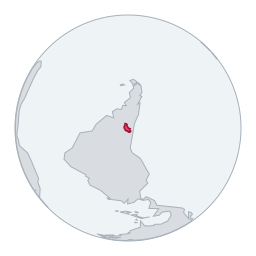 La Rioja on an orthographic globe, rotated 186°
{"feature_id": "ARG-1302", "entity_name": "La Rioja", "entity_type": "Province", "adm_level": 1, "iso_a3": "ARG", "parent_name": "Argentina", "parent_adm1": "", "projection": "orthographic", "projection_center": [-67.822, -29.835], "detail": "medium", "context": "on_globe", "style": "filled", "palette": "rose", "viewbox_px": 256, "rotation_deg": 186, "n_neighbors": 0, "source": "natural_earth", "source_scale": "10m", "svg_char_len": 4247}
<svg xmlns="http://www.w3.org/2000/svg" viewBox="0 0 256 256"><g transform="rotate(186 128 128)"><circle cx="128" cy="128" r="113" fill="#eef3f6" stroke="#a8b0b8"/><path d="M102.4,18.3L102.6,18.3L111.9,16.8L111.4,17.2L113.2,17.5L115.2,17.0L114.4,16.6L118.6,15.9L117.2,15.9L118.6,15.8L126.4,15.4L126.5,15.4L128.2,15.4L130.9,15.4L131.3,15.4L134.6,15.8L142.1,16.9L142.5,17.2L137.8,17.4L129.8,17.1L123.6,18.5L131.5,17.4L132.6,18.7L134.4,19.0L136.6,19.1L137.8,18.6L138.9,19.2L131.5,20.1L130.3,19.6L132.7,19.2L128.9,19.2L123.9,20.4L124.9,21.2L116.3,23.0L116.9,23.7L115.3,24.7L115.0,23.3L115.4,26.0L105.5,30.5L105.8,36.9L101.3,32.5L97.0,32.7L91.9,33.9L91.8,34.9L85.1,35.8L78.7,39.8L75.9,45.9L77.8,49.7L85.4,47.8L87.8,44.6L93.5,42.9L89.0,51.0L98.8,50.2L97.6,56.3L100.4,59.1L105.4,57.6L110.6,58.6L114.4,54.6L120.5,52.4L120.5,57.4L123.9,52.7L127.3,55.0L139.5,55.1L138.5,56.2L148.8,63.1L159.9,67.3L162.5,71.7L161.2,74.1L165.0,75.5L165.1,77.2L180.5,83.4L188.4,90.3L188.1,96.7L181.4,102.4L175.2,118.1L163.2,121.4L160.1,128.4L150.5,138.3L143.3,136.6L145.2,142.7L141.1,145.9L136.4,145.8L135.5,150.0L132.0,150.0L134.3,152.9L128.7,158.5L130.4,163.4L126.4,168.2L127.6,171.1L126.0,171.0L124.4,172.2L124.3,173.9L119.4,171.2L117.9,164.7L119.6,161.4L117.5,160.9L120.9,152.6L118.7,154.3L119.0,142.6L122.0,133.2L123.7,108.3L121.2,103.8L112.5,99.0L102.0,84.3L104.7,77.8L102.5,75.2L109.8,66.3L108.0,59.3L105.4,58.6L102.7,61.6L94.0,58.6L91.1,54.2L65.6,54.1L63.3,53.0L63.8,49.6L58.0,44.0L59.2,51.0L56.5,50.7L54.8,48.9L56.4,47.3L56.2,44.2L54.2,44.6L56.3,41.2L60.0,38.2L67.8,32.8L75.9,28.1L84.5,24.1L93.3,20.8L102.4,18.3ZM105.1,39.4L116.3,41.9L109.7,42.9L111.0,42.1L108.2,40.9L102.9,40.2L97.2,41.9L105.1,39.4ZM110.5,34.9L108.5,34.9L110.5,34.6L110.5,34.9ZM127.6,177.0L119.9,172.3L124.2,174.3L127.0,171.7L131.1,175.4L127.6,177.0ZM136.0,170.5L139.4,169.3L140.2,170.2L138.1,171.2L136.0,170.5ZM210.0,50.8L208.8,49.7L205.2,46.2L199.0,40.5L210.0,50.8ZM230.4,174.8L228.1,179.7L227.8,179.5L225.6,183.1L223.5,185.1L221.3,185.5L221.0,179.8L223.6,176.0L227.5,166.4L234.1,146.2L236.9,140.2L238.0,133.9L237.6,116.9L237.9,110.8L237.1,106.7L235.8,105.1L234.6,100.3L233.6,98.8L225.1,92.5L220.8,85.3L211.7,68.5L212.0,64.6L209.1,58.7L208.6,49.5L211.9,52.8L212.1,53.0L217.3,59.3L222.0,65.9L226.2,72.9L230.0,80.1L233.2,87.6L235.8,95.3L237.9,103.2L239.4,111.2L240.3,119.3L240.6,127.4L240.4,135.6L239.5,143.7L238.1,151.7L236.1,159.6L233.6,167.3L230.4,174.8ZM212.7,55.7L213.7,57.2L212.7,55.7ZM139.8,55.0L141.3,56.1L139.3,56.0L139.8,55.0ZM108.7,44.8L111.1,44.6L112.4,45.2L110.5,45.6L108.7,44.8ZM129.3,43.8L132.2,44.2L129.2,44.6L129.3,43.8ZM118.1,42.3L127.1,43.7L121.3,45.1L115.6,44.4L119.6,43.8L118.1,42.3ZM109.2,37.3L110.7,37.4L110.2,38.2L109.2,37.3ZM111.9,34.8L111.3,34.9L110.6,34.4L111.9,34.8ZM133.0,18.7L133.6,18.6L135.9,18.8L134.8,18.9L133.0,18.7ZM146.1,18.8L147.7,19.7L145.8,19.0L144.6,19.3L139.0,18.3L142.5,17.4L141.9,17.9L146.1,18.8ZM132.6,17.2L135.7,17.7L132.2,17.2L132.6,17.2ZM54.3,213.2L53.8,212.7L57.0,215.3L61.2,218.6L64.6,221.1L56.1,214.7L54.3,213.2ZM47.5,206.8L46.4,205.5L53.0,211.9L51.6,210.7L47.5,206.8Z" fill="#d9dde1" stroke="#a8b0b8" stroke-width="1"/><path d="M125.2,124.8L125.3,124.7L125.4,124.4L125.5,124.4L125.7,124.0L126.2,124.0L126.4,123.9L126.5,123.9L126.8,123.9L126.9,124.1L126.9,124.4L127.0,124.4L127.2,124.6L127.3,124.6L127.5,124.7L127.8,124.6L127.8,124.8L128.0,125.1L129.1,125.1L129.3,125.1L129.4,124.9L129.5,124.9L130.1,125.2L130.3,125.3L130.3,125.6L130.5,125.8L130.5,126.0L130.8,126.3L131.5,126.9L131.5,127.0L131.6,127.4L131.8,127.9L131.8,128.1L132.1,128.6L132.0,129.0L131.9,129.2L131.8,129.5L131.5,130.4L131.5,130.5L131.4,132.1L131.2,132.1L130.7,132.1L130.4,132.1L130.2,132.1L129.9,132.0L129.7,131.8L129.6,131.5L129.3,131.3L129.3,131.2L129.2,131.0L129.3,130.5L129.2,130.4L129.3,130.1L129.2,130.1L129.1,129.9L129.1,129.7L128.8,129.4L128.6,129.3L128.6,129.2L128.4,129.1L128.3,128.8L128.1,128.6L127.8,128.4L127.7,128.3L127.6,128.2L127.4,128.0L127.4,127.9L127.2,127.8L127.1,127.7L126.8,127.6L126.7,127.6L126.3,127.6L126.2,127.6L125.9,127.6L126.0,127.4L126.0,127.2L126.0,126.9L126.0,126.7L126.1,126.4L125.9,126.1L125.8,125.9L125.7,125.7L125.4,125.4L125.2,125.4L124.9,125.2L125.0,125.0L125.1,124.9L125.2,124.8Z" fill="#f43f5e" stroke="#9f1239" stroke-width="1.5"/></g></svg>